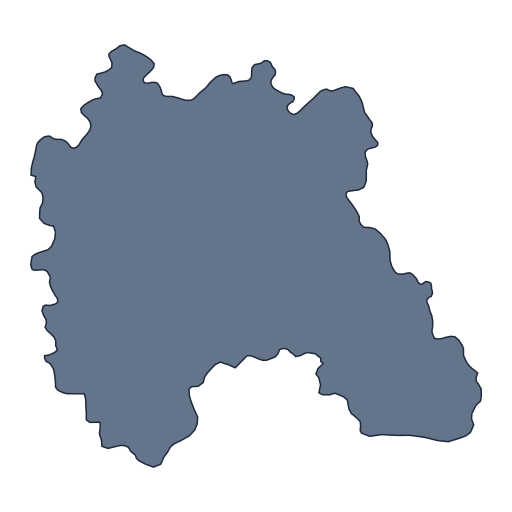 Salihorsk, Minsk, Belarus
{"feature_id": "67162791B12460087089540", "entity_name": "Salihorsk", "entity_type": "district", "adm_level": 2, "iso_a3": "BLR", "parent_name": "Belarus", "parent_adm1": "Minsk", "projection": "albers", "projection_center": [27.47, 52.67], "detail": "fine", "context": "isolated", "style": "filled", "palette": "slate", "viewbox_px": 512, "rotation_deg": 0, "n_neighbors": 0, "source": "geoboundaries", "source_scale": "gbopen_adm2", "svg_char_len": 5284}
<svg xmlns="http://www.w3.org/2000/svg" viewBox="0 0 512 512"><path d="M477.7,373.0L474.7,370.5L471.8,368.3L469.1,365.6L467.1,363.0L465.6,360.1L463.5,355.4L463.5,351.7L463.5,349.0L462.6,346.1L460.6,343.1L458.9,340.2L454.8,336.7L450.2,336.4L445.7,337.4L442.7,338.3L438.8,339.1L434.4,338.3L432.8,334.6L431.9,331.3L432.7,326.0L432.7,320.9L431.8,315.9L429.8,310.6L428.7,306.1L426.8,301.8L427.0,299.4L429.5,296.9L431.1,296.5L432.5,293.4L432.1,290.3L431.5,288.9L431.5,286.2L430.8,283.3L430.0,282.5L425.7,281.5L423.9,282.8L421.6,284.4L419.6,283.8L417.7,281.6L416.5,278.7L415.0,277.1L412.5,274.4L409.9,272.8L406.4,273.2L403.1,274.1L400.8,274.1L398.0,273.9L395.5,272.5L393.2,269.0L391.4,265.5L390.1,260.2L389.9,254.7L389.9,251.6L387.6,243.8L385.5,239.3L382.6,236.0L380.2,233.2L376.3,229.9L374.4,228.7L369.5,227.5L366.0,227.5L363.2,226.9L360.7,224.3L359.2,221.0L359.2,216.5L357.6,213.0L355.1,208.9L353.0,205.8L350.7,202.6L348.4,199.7L346.4,197.0L346.0,194.5L346.5,192.5L348.2,191.3L354.6,190.4L358.4,190.0L363.8,187.4L364.8,184.9L366.3,180.7L366.3,175.6L366.3,170.5L367.7,163.8L367.2,161.4L365.6,157.0L365.1,154.1L365.1,152.2L366.9,149.9L369.0,148.6L372.5,147.8L375.8,146.8L377.6,145.3L377.7,142.3L375.6,140.2L372.6,136.5L370.9,132.3L370.9,129.6L372.3,126.3L372.3,123.3L369.7,119.6L367.0,115.7L364.7,112.7L363.1,106.4L361.8,101.5L359.2,96.2L355.5,91.7L353.2,88.5L352.1,88.2L345.7,86.7L340.8,87.9L335.7,89.8L333.9,90.6L331.3,91.0L329.2,90.4L326.6,89.1L324.4,89.5L320.5,91.2L317.2,94.5L313.3,98.5L308.0,103.1L303.5,107.3L299.5,111.3L297.1,113.2L293.9,114.6L290.5,113.3L288.5,111.2L287.1,108.5L287.1,106.9L287.9,105.2L290.3,103.0L292.9,101.6L294.2,98.9L294.2,96.9L291.6,95.0L289.0,94.4L285.4,94.1L282.7,93.3L278.4,91.1L275.2,89.3L272.7,87.2L270.9,83.6L271.1,80.3L272.7,77.7L275.1,74.8L275.6,72.0L274.9,69.3L272.5,66.9L271.1,63.8L270.2,62.2L266.8,60.6L264.3,60.8L261.5,63.0L259.0,63.8L256.6,64.2L254.6,64.6L252.1,67.5L251.7,70.8L251.5,75.0L251.3,77.7L249.3,79.9L246.8,80.9L243.2,81.1L238.3,81.6L236.4,82.4L233.2,83.6L232.0,82.8L231.3,80.1L229.7,76.5L227.3,74.8L223.4,74.6L219.9,75.4L216.3,76.9L212.6,80.1L209.7,83.0L205.9,87.7L199.5,93.0L197.3,95.4L193.8,98.7L191.0,100.3L186.3,100.3L183.4,99.7L180.6,98.8L178.5,98.0L174.5,97.0L172.0,96.4L169.0,96.4L166.3,96.4L163.9,95.7L162.0,93.9L161.2,90.2L160.0,87.2L157.4,83.1L154.1,82.3L150.6,82.5L149.2,83.1L147.0,83.3L144.5,82.7L143.1,80.6L143.3,78.4L146.4,74.9L149.2,72.5L152.1,69.4L153.7,67.2L154.2,63.7L151.1,60.1L147.4,57.2L143.0,54.5L139.3,52.7L134.6,50.9L131.4,49.0L128.3,47.2L124.7,44.9L122.9,45.1L119.6,45.9L117.1,48.1L114.3,49.8L111.6,51.2L108.8,54.2L108.8,54.3L109.0,56.3L110.8,60.1L112.0,63.2L111.6,67.7L108.9,69.9L105.2,71.9L101.8,72.9L96.9,74.1L95.0,77.8L95.0,80.9L98.1,86.2L101.1,90.3L102.5,93.5L100.7,97.8L95.1,99.0L92.1,100.2L87.2,103.0L83.7,105.5L80.8,108.7L81.4,112.6L84.7,115.9L87.5,118.3L90.1,122.0L90.9,126.1L89.9,129.8L87.2,133.8L84.8,136.5L81.9,139.9L79.0,144.8L75.9,147.7L72.7,148.1L70.8,147.2L69.0,144.8L67.2,142.5L64.8,140.7L61.3,139.4L58.6,139.4L55.2,139.2L52.9,138.4L49.7,136.1L46.6,136.3L44.0,137.1L40.7,139.5L38.0,142.2L37.9,142.4L36.6,145.2L35.3,152.2L34.2,157.3L32.8,161.7L31.3,168.3L31.3,172.8L30.9,175.0L35.8,176.6L34.9,182.0L36.1,186.9L37.7,188.5L41.8,192.6L43.0,197.2L42.6,202.9L40.1,207.8L39.6,213.5L39.6,218.5L44.1,223.4L48.6,225.1L53.5,226.3L55.5,232.1L54.7,239.0L51.4,246.4L48.0,249.7L39.4,252.5L35.3,254.1L32.0,256.6L32.0,256.8L30.7,264.8L31.9,268.9L33.6,270.1L37.3,270.1L41.4,269.8L44.2,269.8L47.1,271.4L50.4,277.2L49.5,282.1L50.3,285.8L52.3,290.4L55.2,295.3L57.6,299.0L57.6,302.3L55.6,303.9L49.8,305.5L45.3,305.1L43.2,306.3L42.0,310.8L43.6,315.4L46.0,319.5L46.4,322.8L45.1,327.3L47.2,330.6L51.3,334.3L54.1,337.2L55.8,341.0L55.7,345.5L57.4,350.0L54.5,352.5L49.5,354.9L44.6,355.7L44.6,358.2L46.2,361.5L49.5,363.1L51.5,365.6L53.6,369.3L54.8,375.9L55.5,383.4L55.5,387.1L58.0,390.4L63.7,392.9L67.0,393.7L71.1,393.7L75.3,393.8L82.3,393.8L84.3,393.8L85.6,398.8L85.9,403.7L85.9,407.4L86.3,412.4L86.3,415.3L86.3,419.8L89.6,422.3L95.3,422.3L99.9,422.3L100.3,426.0L99.4,433.9L101.5,440.1L101.9,446.3L108.0,448.4L120.0,445.5L124.1,445.5L128.3,447.2L130.7,451.3L135.3,455.1L136.5,458.4L139.0,460.8L145.6,464.2L152.9,466.9L153.4,467.1L160.8,464.2L163.8,457.2L167.5,452.2L170.4,446.9L174.5,443.6L180.7,440.7L189.4,435.8L194.8,430.0L197.2,423.8L197.7,417.2L194.0,409.0L191.1,401.5L189.4,395.8L189.0,389.2L191.5,386.7L198.1,386.3L203.1,382.6L204.7,376.8L207.6,372.7L211.7,368.2L215.4,364.5L220.4,362.0L226.1,364.1L227.0,364.1L235.2,367.8L238.1,364.9L243.4,359.5L247.1,355.8L251.2,355.8L259.1,359.1L262.8,360.3L266.5,360.3L275.1,357.0L278.0,353.7L279.6,349.6L283.3,348.4L287.5,349.2L291.2,352.9L292.4,353.3L295.7,356.6L301.1,355.4L302.3,354.5L307.2,352.5L315.1,353.7L320.8,358.2L320.8,361.5L323.3,363.5L318.0,368.5L315.9,373.9L318.8,377.6L320.5,385.0L318.9,392.8L322.6,394.8L329.6,394.8L334.9,393.2L343.6,396.8L347.3,400.1L349.0,409.2L351.5,413.7L355.2,416.6L360.2,421.5L360.6,425.7L360.2,430.6L361.5,433.1L369.7,436.3L381.7,434.6L397.4,435.4L409.3,435.3L416.4,436.1L426.3,437.7L437.4,440.5L448.2,441.7L459.3,438.3L465.9,435.8L470.4,432.5L473.7,425.0L471.5,418.9L471.9,413.5L476.0,405.2L480.5,401.1L481.3,396.1L481.2,389.1L478.3,383.8L476.2,381.3L476.2,377.2L477.7,373.0Z" fill="#64748b" stroke="#1e293b" stroke-width="1.5"/></svg>